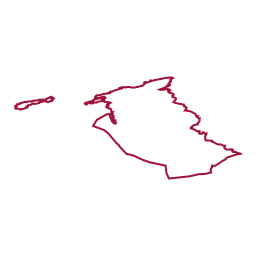 Agdenes nor, Sør-Trøndelag, Norway
{"feature_id": "86288312B44051007085093", "entity_name": "Agdenes nor", "entity_type": "district", "adm_level": 2, "iso_a3": "NOR", "parent_name": "Norway", "parent_adm1": "Sør-Trøndelag", "projection": "equal_earth", "projection_center": [9.612, 63.516], "detail": "fine", "context": "isolated", "style": "outline", "palette": "rose", "viewbox_px": 256, "rotation_deg": 0, "n_neighbors": 0, "source": "geoboundaries", "source_scale": "gbopen_adm2", "svg_char_len": 5761}
<svg xmlns="http://www.w3.org/2000/svg" viewBox="0 0 256 256"><path d="M240.6,153.8L240.1,153.4L238.7,153.2L237.1,153.2L236.9,153.0L237.1,152.8L235.6,152.0L232.8,151.9L232.2,151.0L232.6,150.8L233.1,150.1L232.0,149.2L227.9,149.7L226.0,149.3L225.4,148.6L224.8,148.5L224.3,148.1L224.4,147.4L225.3,145.8L225.2,145.7L223.1,145.6L220.7,144.3L218.4,144.5L215.5,143.4L214.0,142.3L212.1,141.8L212.2,140.8L205.6,140.3L205.4,139.8L205.2,138.4L205.4,137.6L205.0,136.5L206.5,134.1L206.5,133.6L206.1,133.9L204.8,133.7L204.4,132.6L204.7,132.5L203.7,132.5L203.2,132.2L202.8,132.3L202.5,132.9L202.8,133.2L202.5,133.5L201.4,133.8L199.7,133.7L198.8,132.9L198.9,132.4L199.4,132.1L199.2,131.8L199.3,131.3L199.8,131.3L199.9,131.6L199.9,131.3L199.0,131.1L197.8,131.3L196.3,130.9L195.1,129.8L192.7,128.9L192.5,128.6L193.0,128.0L191.8,128.5L191.2,127.8L191.1,128.3L190.8,128.3L190.9,127.6L192.1,127.0L192.0,126.8L192.6,126.1L193.7,125.2L197.8,124.3L198.0,124.0L197.7,123.4L197.8,123.0L199.0,122.0L199.5,121.2L199.6,120.0L199.3,119.2L199.8,118.3L198.1,117.9L197.6,117.3L197.7,116.8L196.2,116.4L196.2,115.9L196.5,115.8L196.1,115.7L195.5,114.0L194.9,113.5L194.2,113.5L191.8,111.9L188.0,110.8L185.0,110.5L186.1,109.4L185.8,109.1L186.6,107.9L186.3,107.4L184.6,106.5L184.9,106.5L184.9,106.3L184.3,106.3L184.4,106.0L184.1,105.7L183.8,104.5L182.4,104.5L181.9,104.2L177.9,103.5L174.7,102.7L174.3,102.4L174.3,101.9L173.7,101.9L174.6,100.7L175.6,100.0L176.0,98.4L174.9,97.7L172.4,97.0L172.2,95.9L173.6,95.0L173.7,94.6L173.3,94.0L172.4,93.4L170.8,93.2L168.9,92.5L168.3,91.9L169.9,90.7L168.4,90.3L169.2,89.5L167.6,88.9L162.3,89.9L161.4,89.5L160.4,89.9L159.9,89.7L161.5,89.4L160.4,89.6L160.0,89.3L160.7,89.0L163.4,88.2L169.2,85.7L168.7,85.5L169.3,85.4L169.3,85.2L169.2,85.4L168.8,85.3L169.3,85.1L169.7,84.4L168.5,84.3L168.3,83.9L169.2,83.1L169.4,82.2L171.0,81.5L171.0,81.2L170.3,80.6L170.7,80.1L170.4,79.7L170.7,79.2L173.1,78.2L172.7,77.7L170.7,77.5L168.4,77.6L168.0,77.9L166.1,77.8L159.9,79.2L158.5,79.3L154.9,80.1L153.9,80.0L154.4,80.3L152.9,80.7L151.0,80.8L150.7,80.3L149.9,80.3L150.1,80.4L149.5,80.5L150.8,80.9L150.9,81.2L148.0,82.3L146.8,82.3L145.8,82.0L144.3,82.3L144.2,82.5L144.7,82.7L146.2,82.7L144.0,84.3L143.6,85.0L142.5,85.4L142.5,85.8L139.1,86.5L137.8,87.0L136.5,87.1L137.4,86.9L137.0,86.8L135.4,87.5L132.0,87.6L129.5,87.0L126.9,87.1L126.1,87.5L124.4,87.1L124.2,87.3L122.4,87.2L122.0,87.3L122.2,87.6L121.5,87.7L121.3,87.5L121.8,87.3L121.3,87.4L121.2,87.6L119.5,88.0L119.7,88.8L119.3,89.1L120.0,88.7L120.3,88.8L119.3,89.1L119.8,89.2L118.6,89.0L117.7,89.6L114.8,90.3L111.9,91.8L111.1,91.5L110.3,91.6L110.1,91.9L110.7,92.0L109.8,92.6L110.2,92.6L110.1,92.8L109.6,93.0L109.0,92.7L108.5,93.1L109.5,93.0L109.4,93.2L108.2,93.4L108.2,93.2L107.8,93.1L107.0,93.6L103.0,93.9L101.4,94.7L99.3,95.2L97.2,95.2L96.1,95.8L96.4,96.2L95.9,96.8L94.3,97.2L95.8,97.5L95.6,97.9L98.2,98.1L102.6,96.8L104.3,96.7L104.5,96.9L104.2,97.1L104.5,97.3L104.1,98.0L105.2,98.2L104.7,98.8L103.5,99.5L102.2,98.8L100.6,98.6L100.3,98.2L99.7,98.1L98.3,98.1L98.0,98.6L96.0,98.5L98.0,98.8L94.2,99.4L93.3,100.1L93.7,100.3L93.3,100.9L88.6,101.9L88.1,102.3L86.4,102.5L86.0,102.9L83.9,103.5L85.8,103.8L86.0,104.2L85.1,104.4L86.1,104.5L86.8,104.3L87.0,103.7L87.4,103.6L87.4,103.1L87.7,102.9L89.7,102.8L89.3,102.7L89.7,102.6L90.0,102.7L90.1,103.3L91.9,103.5L92.5,103.1L93.2,103.1L93.3,102.7L93.8,102.9L94.2,102.6L93.8,102.9L93.4,102.7L93.8,102.4L96.8,102.5L96.9,102.2L98.1,101.6L99.8,101.5L101.6,100.9L103.4,100.7L104.2,100.8L104.6,101.2L103.7,101.5L105.4,102.1L108.4,102.1L108.2,103.0L109.9,102.5L110.5,102.8L108.0,103.9L107.0,104.7L106.9,105.2L108.1,105.4L107.4,105.9L107.8,106.2L106.4,107.0L107.5,107.8L108.6,108.1L108.7,108.4L109.9,108.5L111.1,109.2L111.0,109.8L111.6,110.6L111.3,111.4L111.9,112.0L112.5,112.1L111.6,112.7L111.6,113.0L113.0,113.5L112.3,113.6L112.6,113.8L112.3,114.0L111.9,114.7L112.1,114.9L111.9,115.1L112.8,115.6L112.6,116.1L113.3,116.2L112.4,117.3L113.6,117.7L113.1,118.2L113.1,119.4L114.7,120.0L114.0,120.6L115.4,120.7L115.5,121.0L115.0,121.3L115.1,122.1L116.0,123.1L115.4,123.7L113.6,123.2L113.4,122.6L112.3,121.6L112.3,121.1L111.7,121.0L111.9,119.6L110.9,118.8L110.1,117.1L110.2,116.6L109.8,115.3L110.2,114.8L110.0,114.2L107.1,114.1L96.8,119.9L93.1,126.0L104.2,130.1L108.3,133.4L116.5,143.2L118.8,145.1L119.8,146.8L126.7,154.1L130.8,154.7L131.5,155.1L133.1,155.4L143.4,160.1L150.1,162.4L165.6,165.6L166.4,172.8L168.9,178.5L189.8,176.3L199.2,174.1L202.3,174.2L206.3,173.7L210.4,172.5L211.0,172.6L211.2,172.4L210.7,171.2L210.9,170.1L210.8,169.0L212.1,167.0L211.8,166.6L212.0,165.6L214.7,165.9L217.2,164.6L223.2,160.5L224.8,159.8L226.2,158.7L226.7,157.7L236.0,154.6L240.6,153.8ZM42.7,99.7L41.2,99.7L41.6,100.0L39.6,99.9L39.3,100.1L39.7,100.2L39.6,100.5L37.5,100.2L35.2,100.7L33.1,100.7L31.5,101.6L30.8,101.3L28.4,101.5L27.2,101.7L26.7,102.2L25.5,101.8L24.3,102.0L21.9,102.8L21.8,103.2L20.0,103.2L20.1,103.5L19.5,103.6L19.5,104.0L19.2,104.3L15.8,104.4L16.5,104.6L16.6,105.1L16.4,105.7L16.6,106.0L16.0,106.1L16.3,106.3L15.5,106.8L16.1,107.5L15.4,108.3L16.2,108.8L17.3,108.6L19.2,108.9L20.5,109.7L21.5,109.1L24.6,108.6L24.4,108.6L25.2,108.2L26.3,108.2L26.2,108.2L26.9,107.7L26.5,107.3L26.5,107.5L26.0,107.5L26.1,107.1L27.8,106.4L27.7,106.0L28.2,105.6L28.1,105.3L29.6,104.8L31.5,104.7L32.2,104.1L32.2,103.7L32.9,103.5L33.5,103.4L34.3,104.0L35.5,103.9L39.0,103.0L39.0,102.7L40.1,102.2L41.5,101.9L41.3,101.7L41.9,101.3L42.8,101.6L43.0,101.3L42.9,100.8L44.8,100.8L42.6,100.7L42.2,100.1L42.7,99.7ZM52.0,97.2L51.4,96.7L51.0,96.8L47.8,98.3L48.1,98.4L47.1,98.5L47.1,98.8L45.8,99.3L46.0,99.9L45.9,100.5L44.9,100.8L45.3,101.6L46.8,101.6L47.8,102.2L48.7,102.0L49.7,101.3L51.8,101.1L52.4,100.5L51.5,100.1L51.6,99.7L53.8,98.5L52.9,97.8L51.5,98.3L51.0,98.1L51.0,97.8L52.0,97.2Z" fill="none" stroke="#9f1239" stroke-width="2"/></svg>